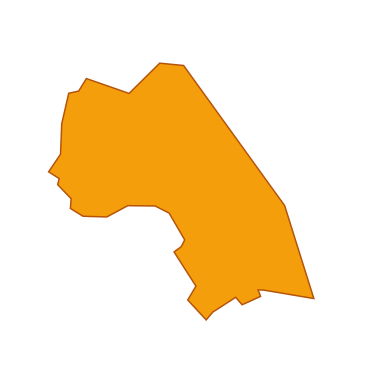 the district of Yirol East, Lakes, South Sudan, rotated 14°
{"feature_id": "79223893B59833655345818", "entity_name": "Yirol East", "entity_type": "district", "adm_level": 2, "iso_a3": "SSD", "parent_name": "South Sudan", "parent_adm1": "Lakes", "projection": "mercator", "projection_center": [30.77, 6.774], "detail": "fine", "context": "isolated", "style": "filled", "palette": "amber", "viewbox_px": 384, "rotation_deg": 14, "n_neighbors": 0, "source": "geoboundaries", "source_scale": "gbopen_adm2", "svg_char_len": 565}
<svg xmlns="http://www.w3.org/2000/svg" viewBox="0 0 384 384"><g transform="rotate(14 192 192)"><path d="M336.0,265.9L318.3,237.0L285.2,182.8L153.2,71.3L129.5,74.8L107.1,111.6L62.1,107.5L57.6,121.5L48.5,126.0L49.1,157.4L55.3,187.1L48.0,207.1L59.9,211.1L59.9,217.4L76.3,227.7L78.0,237.4L92.2,241.9L115.4,236.8L133.0,220.8L159.6,214.5L174.9,218.0L196.5,240.2L194.8,247.6L189.1,254.5L218.6,282.4L214.0,297.8L236.7,312.7L241.2,303.5L259.9,283.6L267.9,289.3L283.8,276.7L279.8,271.0L284.9,269.9L336.0,265.9Z" fill="#f59e0b" stroke="#b45309" stroke-width="1.5"/></g></svg>